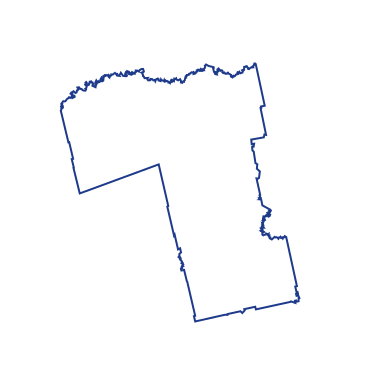 outline of Murrumbidgee, New South Wales, Australia, rotated 339°
{"feature_id": "25037944B53831779764710", "entity_name": "Murrumbidgee", "entity_type": "district", "adm_level": 2, "iso_a3": "AUS", "parent_name": "Australia", "parent_adm1": "New South Wales", "projection": "albers", "projection_center": [145.821, -35.012], "detail": "fine", "context": "isolated", "style": "outline", "palette": "blue", "viewbox_px": 384, "rotation_deg": 339, "n_neighbors": 0, "source": "geoboundaries", "source_scale": "gbopen_adm2", "svg_char_len": 5845}
<svg xmlns="http://www.w3.org/2000/svg" viewBox="0 0 384 384"><g transform="rotate(339 192 192)"><path d="M252.3,332.2L253.5,329.3L254.2,329.4L254.1,326.7L252.4,326.4L252.6,324.5L254.5,324.8L254.7,323.1L253.7,322.9L254.5,317.3L256.2,317.5L263.8,267.7L262.8,266.5L262.1,267.3L261.1,266.9L260.1,267.9L259.9,266.9L259.2,267.0L258.7,265.7L258.2,266.2L257.9,265.7L257.0,265.6L255.9,266.6L255.3,265.1L254.4,264.3L253.6,264.3L253.1,263.5L249.5,264.9L248.1,263.2L248.8,262.5L248.1,262.0L248.4,261.1L247.9,260.9L248.1,260.3L247.6,259.7L248.3,259.6L247.9,259.2L248.4,258.5L247.6,258.6L246.3,257.3L245.2,258.0L243.0,258.0L242.4,257.0L243.0,255.4L244.9,255.1L244.4,254.2L243.6,254.4L242.5,253.3L243.5,252.8L243.0,252.5L244.0,252.3L243.5,250.8L244.5,251.1L244.4,250.5L243.8,250.3L244.4,249.7L246.2,250.8L246.0,250.0L246.3,249.6L245.5,249.1L245.5,248.5L246.0,248.7L246.3,246.4L246.9,247.1L247.1,246.1L247.9,245.6L247.6,243.8L248.1,243.5L249.0,244.6L250.1,244.3L250.0,242.8L248.9,242.1L250.0,240.3L250.3,240.4L250.2,241.3L251.2,241.3L252.2,240.7L252.2,241.2L253.1,241.2L252.8,240.6L254.0,240.0L254.5,240.9L254.6,242.4L255.8,242.3L256.8,241.2L255.0,239.8L254.9,238.7L256.8,239.4L257.4,238.9L256.7,238.8L257.0,238.3L256.7,237.4L257.4,237.1L257.6,237.5L258.9,237.5L258.8,236.7L252.9,229.7L253.9,223.7L252.6,223.1L253.3,223.0L253.8,222.3L252.5,222.1L252.3,221.6L253.2,221.5L253.9,220.5L253.8,219.3L254.6,219.2L257.1,202.4L258.4,203.2L259.6,202.9L262.7,197.1L260.9,193.5L262.9,189.5L261.6,187.8L264.1,176.4L263.3,174.9L264.3,171.4L264.8,171.0L265.8,171.7L267.3,169.2L264.9,168.6L266.1,164.3L278.6,166.7L280.2,164.3L281.6,165.2L286.1,138.1L286.9,138.2L287.1,136.9L290.8,137.5L297.3,95.8L296.8,95.8L296.9,94.6L296.3,94.4L294.4,96.5L293.5,96.5L293.7,97.5L291.3,96.9L289.2,97.7L288.5,97.2L288.8,96.0L288.2,95.4L288.3,94.3L287.7,93.9L286.7,94.3L285.5,93.9L284.4,96.7L283.3,97.2L282.9,96.3L282.4,96.3L282.6,97.5L281.9,98.6L279.5,98.5L279.3,96.7L278.4,97.1L277.6,96.5L277.1,97.0L277.7,97.8L277.2,98.4L275.2,98.1L273.8,99.1L272.6,99.2L272.5,98.3L272.2,98.2L270.7,98.6L271.2,99.2L270.8,99.5L269.7,98.1L270.4,96.6L268.4,94.3L268.4,93.5L267.9,93.4L267.2,94.1L265.5,93.6L265.1,92.1L263.8,92.2L263.2,91.0L263.9,90.2L263.6,89.2L262.7,88.7L261.9,89.0L261.5,88.3L259.9,88.6L260.1,87.8L261.4,87.3L261.1,86.2L259.7,86.6L258.6,89.3L257.7,88.8L257.4,91.2L255.9,90.2L255.9,88.8L256.8,88.6L255.6,87.7L256.1,83.6L256.8,83.8L256.9,83.2L252.6,80.2L250.8,78.0L249.2,78.8L249.3,79.6L248.4,80.8L247.0,81.3L246.9,82.6L245.8,82.2L245.3,80.9L244.6,81.3L244.7,82.5L242.9,81.8L243.3,80.7L242.3,81.2L241.5,79.9L240.2,80.1L240.5,81.1L240.2,81.4L238.4,81.5L238.0,82.4L237.3,82.6L235.8,82.4L236.5,81.2L236.4,80.5L235.2,80.7L234.6,80.1L233.5,80.3L232.9,80.9L231.6,80.6L230.9,81.5L229.1,80.9L228.6,81.8L227.7,81.6L227.0,82.5L227.3,83.2L226.3,83.4L225.2,85.2L224.2,85.5L224.0,86.2L222.9,85.7L222.1,86.6L220.9,85.8L221.5,84.5L221.3,82.4L219.1,82.8L217.8,81.4L217.9,80.2L217.0,80.5L216.1,79.8L214.8,82.2L214.2,81.7L213.7,80.2L213.0,79.8L212.4,80.3L212.3,81.9L211.3,81.4L210.5,82.6L210.1,82.1L210.1,81.4L209.2,81.3L209.3,80.3L208.5,79.4L207.8,79.3L207.4,78.6L206.9,79.3L206.4,79.1L206.3,77.7L205.6,78.7L204.6,77.3L203.6,76.9L203.4,75.8L202.4,77.2L200.7,75.8L201.3,74.7L200.8,73.8L198.8,74.0L197.4,75.5L197.3,74.0L195.9,73.9L195.5,72.6L194.0,71.6L193.3,71.8L193.4,72.5L192.9,72.7L191.0,72.0L190.7,70.5L191.7,69.7L188.5,68.7L188.3,66.7L187.8,66.2L188.2,65.2L188.0,63.8L188.5,63.3L187.8,62.5L189.9,62.5L190.3,62.1L190.4,59.6L189.0,59.1L186.8,59.4L185.6,60.5L184.7,59.3L183.7,59.5L183.8,58.8L183.0,58.4L182.2,60.0L180.9,59.9L180.9,61.0L180.1,60.7L179.1,58.8L178.0,60.1L178.6,60.6L177.7,60.8L177.2,59.5L177.4,58.9L176.4,59.0L176.4,60.0L175.6,59.4L176.1,58.8L175.2,58.0L175.9,57.9L176.2,57.2L174.8,55.9L174.4,56.4L173.5,56.2L171.8,57.9L172.3,58.9L173.0,59.0L172.9,60.2L171.9,60.3L169.3,58.9L168.3,55.2L167.3,56.2L165.7,56.7L165.9,57.6L163.7,56.4L163.6,55.7L164.3,54.8L163.1,54.3L162.7,53.2L160.0,54.0L158.7,53.3L158.2,54.3L157.1,54.3L156.6,54.9L156.1,54.4L155.8,55.2L155.5,54.6L156.2,53.1L156.0,52.6L154.4,52.9L153.6,51.9L152.7,51.7L152.5,52.6L151.6,52.8L151.6,52.1L151.0,51.9L150.2,53.9L148.8,52.5L147.2,53.9L148.9,55.5L149.5,55.3L149.1,56.2L147.9,56.5L146.8,55.8L145.9,55.8L145.9,55.4L145.3,56.1L143.9,56.1L144.0,55.1L142.9,55.5L142.6,53.6L140.9,55.3L141.7,56.8L141.0,57.6L140.1,57.6L140.3,58.3L139.5,59.6L137.1,57.1L138.7,55.6L138.0,55.0L138.4,54.1L137.5,53.3L137.5,52.6L136.2,52.4L136.2,53.4L134.9,53.6L134.4,54.8L133.6,55.0L132.4,53.7L132.9,52.4L132.6,51.4L131.7,51.8L131.8,52.8L130.7,53.5L131.6,55.7L130.2,57.4L129.6,57.4L129.9,58.2L128.8,59.2L127.2,58.5L126.2,57.4L125.8,56.2L124.6,55.7L124.0,53.7L122.5,53.4L122.8,55.4L121.7,56.1L121.0,55.9L119.9,57.7L118.7,57.8L117.5,55.5L115.9,55.9L115.6,57.3L114.9,57.2L114.6,56.2L113.9,56.7L114.5,57.4L114.4,58.6L116.7,60.0L116.6,61.1L113.9,61.4L113.9,59.9L112.1,60.5L111.2,59.5L110.5,60.2L109.2,60.1L106.4,61.8L105.8,61.9L104.4,61.1L101.7,62.7L101.6,63.5L100.8,63.8L101.8,63.9L101.1,64.6L102.0,64.8L102.1,65.3L100.4,65.4L100.3,66.6L101.9,66.2L101.8,66.7L101.4,67.2L99.8,67.4L99.4,68.5L98.7,68.9L94.4,101.4L95.2,101.5L92.9,118.4L91.5,118.2L90.4,126.9L90.0,126.9L86.7,153.1L170.8,154.3L164.8,196.6L163.7,196.8L159.6,226.3L160.5,225.6L158.4,240.6L160.7,240.3L160.1,244.5L158.0,245.3L157.4,247.0L156.7,247.4L157.1,248.0L156.4,248.2L156.8,248.8L156.7,249.5L157.6,249.3L157.7,249.8L156.9,251.7L157.5,252.2L157.7,253.7L156.8,254.6L157.9,255.3L157.3,256.0L157.7,256.6L156.6,257.2L157.1,258.1L155.5,258.3L155.5,259.5L154.4,259.4L154.1,259.7L154.0,261.5L156.7,261.9L155.2,273.4L155.4,274.0L150.6,308.7L149.3,308.6L148.6,314.0L178.7,318.4L181.1,319.4L181.4,318.7L194.5,320.7L195.6,323.0L198.8,321.4L198.8,320.1L209.9,321.8L209.6,324.5L244.8,329.9L245.2,329.6L248.7,332.6L249.1,330.4L250.3,330.6L250.1,331.8L252.3,332.2Z" fill="none" stroke="#1e3a8a" stroke-width="2"/></g></svg>